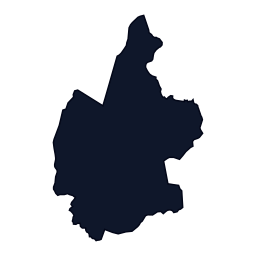 outline of Jucurutu, Rio Grande do Norte, Brazil
{"feature_id": "56859067B48899253663657", "entity_name": "Jucurutu", "entity_type": "district", "adm_level": 2, "iso_a3": "BRA", "parent_name": "Brazil", "parent_adm1": "Rio Grande do Norte", "projection": "natural_earth1", "projection_center": [-37.004, -6.027], "detail": "fine", "context": "isolated", "style": "filled", "palette": "ink", "viewbox_px": 256, "rotation_deg": 0, "n_neighbors": 0, "source": "geoboundaries", "source_scale": "gbopen_adm2", "svg_char_len": 2414}
<svg xmlns="http://www.w3.org/2000/svg" viewBox="0 0 256 256"><path d="M117.2,56.2L109.4,83.5L105.1,98.4L102.9,105.8L77.7,90.1L74.7,90.9L73.3,94.6L73.6,97.1L68.1,102.9L66.0,109.1L62.9,110.1L60.8,119.1L59.3,125.4L54.1,139.3L53.4,142.4L54.1,147.9L55.3,154.6L55.7,157.9L55.7,159.5L54.7,164.3L54.7,166.1L55.2,167.5L57.0,169.9L57.3,172.0L56.6,174.1L55.7,176.7L55.1,183.0L53.6,187.0L53.6,189.2L54.7,190.9L55.9,193.4L57.8,195.3L60.0,194.5L62.2,194.5L64.3,194.5L67.6,193.6L69.4,194.5L72.9,195.5L74.0,196.5L75.4,197.2L74.3,199.3L71.7,202.4L71.0,204.3L72.7,206.5L70.0,208.7L69.4,210.3L70.8,211.0L72.9,213.3L74.1,215.5L73.2,217.1L72.9,219.3L72.4,221.1L73.4,222.6L73.5,224.1L75.9,224.3L77.6,223.3L80.1,223.4L80.5,226.4L82.3,228.0L85.6,228.0L85.9,230.4L86.8,232.0L88.2,232.6L89.1,233.8L89.5,236.7L90.8,236.6L92.4,238.4L94.5,238.7L96.1,240.6L97.3,240.2L99.3,240.0L101.1,239.3L104.7,229.4L112.7,232.4L118.2,233.8L125.9,231.8L132.0,231.2L137.6,226.6L139.2,224.7L140.4,222.5L142.2,221.1L143.9,218.3L145.4,215.8L146.7,215.1L148.0,214.8L152.6,214.9L157.5,211.7L161.0,211.5L163.3,213.6L165.8,211.4L167.4,210.3L169.2,209.9L170.8,210.0L172.5,210.7L173.8,212.5L177.1,211.7L178.6,209.7L180.5,209.1L182.7,207.4L182.2,199.4L181.7,190.8L179.8,188.8L178.6,185.4L173.5,184.7L167.9,183.8L164.0,163.3L163.6,160.9L164.8,160.1L167.4,158.3L169.4,157.3L173.7,157.3L179.5,159.3L182.7,155.6L185.8,151.6L190.5,147.4L192.9,146.2L192.4,141.6L193.8,139.6L197.9,138.2L199.4,137.3L202.6,133.3L200.5,129.9L199.8,127.9L201.6,122.2L202.4,119.7L201.7,117.2L200.7,115.4L200.3,114.0L199.3,111.2L198.5,108.7L197.9,107.2L197.6,105.5L196.1,104.2L194.6,104.0L193.6,102.8L193.0,99.7L191.6,101.3L189.6,101.3L187.9,101.8L187.2,100.3L185.9,100.7L184.5,100.1L184.3,101.6L182.3,101.4L177.8,100.7L175.7,100.4L173.9,99.6L172.5,98.3L172.6,96.0L170.7,95.7L168.3,97.3L166.9,99.0L165.5,98.4L164.3,97.0L162.7,97.4L161.0,94.2L160.3,91.6L161.0,89.0L159.3,86.0L158.0,82.2L157.4,80.6L155.8,79.3L155.9,77.2L152.2,76.0L149.5,74.1L147.3,70.9L145.7,67.8L145.5,65.9L146.1,63.6L147.3,62.3L151.6,60.8L152.7,59.2L153.3,55.1L153.9,52.7L156.1,49.8L159.1,47.3L160.4,46.8L162.0,44.9L162.1,42.4L160.7,40.6L159.4,38.9L157.3,38.1L156.1,37.4L154.6,37.6L152.7,36.5L151.5,34.6L149.0,32.7L148.6,29.9L143.7,15.4L140.2,16.3L138.0,17.3L132.5,22.5L130.6,24.8L129.1,27.8L128.1,39.1L126.9,42.6L126.4,45.6L124.4,48.7L121.4,53.0L119.4,55.0L117.2,56.2Z" fill="#0f172a" stroke="#020617" stroke-width="1.5"/></svg>